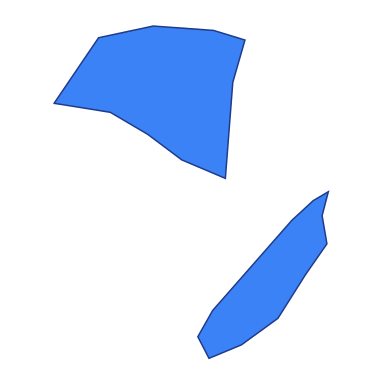 the border of Callao, rotated 269°
{"feature_id": "PER-3505", "entity_name": "Callao", "entity_type": "Departamento", "adm_level": 1, "iso_a3": "PER", "parent_name": "Peru", "parent_adm1": "", "projection": "albers", "projection_center": [-77.175, -12.057], "detail": "fine", "context": "isolated", "style": "filled", "palette": "blue", "viewbox_px": 384, "rotation_deg": 269, "n_neighbors": 0, "source": "natural_earth", "source_scale": "10m", "svg_char_len": 463}
<svg xmlns="http://www.w3.org/2000/svg" viewBox="0 0 384 384"><g transform="rotate(269 192 192)"><path d="M343.0,247.6L300.9,234.7L205.0,225.6L224.3,182.3L250.3,148.9L273.1,111.7L283.0,56.1L283.0,55.7L283.3,55.8L347.9,101.3L358.6,156.1L353.2,216.3L343.0,247.6ZM73.2,210.6L161.9,291.3L181.3,313.1L189.9,328.3L166.1,321.7L137.8,326.0L107.5,304.1L64.2,275.7L38.3,238.7L25.4,206.1L47.2,195.3L73.2,210.6Z" fill="#3b82f6" stroke="#1e3a8a" stroke-width="1.5"/></g></svg>